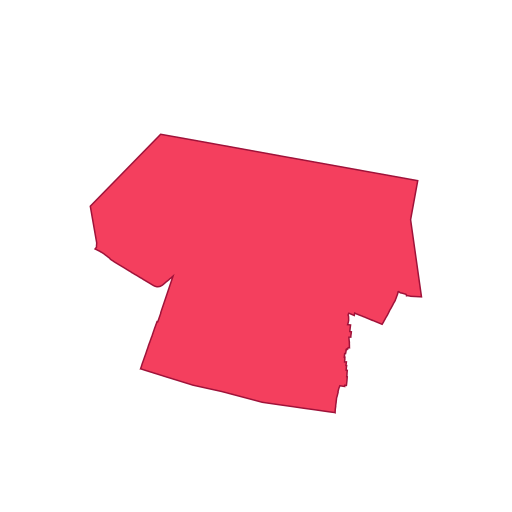 the district of Drechterland, Noord-Holland, Netherlands, rotated 219°
{"feature_id": "6326949B42613420061544", "entity_name": "Drechterland", "entity_type": "district", "adm_level": 2, "iso_a3": "NLD", "parent_name": "Netherlands", "parent_adm1": "Noord-Holland", "projection": "orthographic", "projection_center": [5.149, 52.656], "detail": "fine", "context": "isolated", "style": "filled", "palette": "rose", "viewbox_px": 512, "rotation_deg": 219, "n_neighbors": 0, "source": "geoboundaries", "source_scale": "gbopen_adm2", "svg_char_len": 5521}
<svg xmlns="http://www.w3.org/2000/svg" viewBox="0 0 512 512"><g transform="rotate(219 256 256)"><path d="M177.7,416.3L223.8,391.0L298.6,349.9L359.6,316.5L406.7,290.6L416.1,190.4L388.0,165.9L386.2,163.3L385.5,162.5L385.5,160.2L379.7,161.5L379.6,161.4L379.4,161.4L379.3,161.5L378.6,161.6L377.6,161.8L376.4,161.9L375.7,162.0L375.3,162.0L374.1,162.0L373.6,162.0L371.9,162.1L370.7,162.1L370.3,162.1L370.1,162.1L369.9,162.1L369.7,162.1L368.9,162.2L368.7,162.2L368.4,162.2L368.1,162.1L367.6,162.0L367.4,161.9L367.2,161.9L366.1,161.9L365.8,162.0L365.2,162.0L363.9,162.2L363.0,162.2L362.3,162.3L361.3,162.4L361.0,162.4L360.7,162.5L360.0,162.6L357.7,162.9L355.0,163.3L350.8,163.9L349.1,164.1L347.4,164.3L346.1,164.5L345.7,164.5L344.7,164.7L343.4,164.9L342.9,164.9L342.4,164.9L342.1,164.9L341.4,165.1L340.7,165.2L339.2,165.4L338.3,165.5L338.0,165.6L337.4,165.7L336.2,165.9L334.5,166.1L333.0,166.3L332.0,166.4L330.8,166.7L330.7,166.7L329.4,166.8L328.4,166.9L328.2,166.9L327.5,167.1L326.6,167.2L326.4,167.2L321.7,167.9L319.4,168.2L317.3,168.5L316.8,168.6L316.4,168.7L315.6,168.9L314.9,169.2L314.1,169.5L313.3,170.0L312.1,171.2L311.6,171.8L311.3,172.2L311.3,172.4L311.2,172.6L310.8,173.4L310.6,173.9L310.5,174.2L310.4,174.5L310.2,175.4L310.0,176.5L309.7,178.3L309.6,179.0L309.3,180.3L308.9,182.0L308.8,182.5L308.6,184.1L308.2,185.7L308.0,187.0L307.8,188.1L298.5,163.1L295.8,155.8L294.4,152.1L294.0,151.5L293.9,151.3L291.6,144.9L291.0,142.9L291.3,142.8L291.6,142.7L291.2,141.6L291.1,141.2L290.9,140.8L290.7,140.1L290.4,139.1L290.0,138.2L289.9,137.8L289.8,137.6L289.7,137.1L289.2,135.7L288.8,134.7L287.8,131.9L287.6,131.4L287.1,130.0L286.7,129.1L286.4,128.2L286.2,127.8L286.2,127.5L286.1,127.3L286.1,127.1L285.9,126.6L285.4,125.2L284.9,123.8L284.8,123.5L284.5,122.7L283.9,120.8L283.1,118.5L282.6,117.3L282.1,116.0L282.0,115.7L281.4,113.9L281.1,113.1L280.8,112.4L279.8,109.7L279.5,108.8L279.5,108.7L279.3,108.3L279.2,107.8L279.0,107.4L278.7,106.6L278.7,106.4L278.6,106.2L278.4,105.7L278.2,105.1L277.8,104.1L277.7,103.7L277.2,102.3L276.7,100.8L276.4,100.1L276.0,99.0L275.7,98.4L275.5,97.9L275.3,97.2L275.1,96.7L274.9,96.3L274.7,95.7L274.6,95.8L274.0,96.0L273.7,96.1L271.6,96.9L269.0,97.9L267.8,98.4L267.0,98.7L266.0,99.1L265.0,99.5L264.2,99.8L263.9,100.0L263.6,100.1L263.3,100.2L261.4,100.9L260.0,101.5L259.7,101.6L259.4,101.7L259.2,101.8L258.0,102.3L254.9,103.5L254.2,103.8L253.5,104.1L252.6,104.4L251.8,104.7L250.4,105.3L249.6,105.6L249.0,105.8L248.6,106.0L245.4,107.3L242.3,108.5L240.9,109.1L238.9,109.9L230.6,113.2L226.9,114.7L223.8,115.9L197.6,129.0L169.1,141.8L159.2,146.2L158.5,146.6L143.9,155.3L132.6,162.1L122.8,167.9L113.4,173.6L107.0,177.4L101.3,180.8L97.1,183.4L96.6,183.7L95.9,184.0L96.1,184.2L97.8,186.6L98.1,187.0L98.3,187.4L99.5,189.4L99.7,189.6L100.0,190.0L100.7,191.1L101.1,191.8L101.4,192.3L101.5,192.5L102.0,193.2L103.0,194.8L104.0,196.3L104.3,197.0L104.5,197.5L104.8,198.3L105.2,199.1L106.4,201.7L106.5,201.8L106.6,202.0L107.1,202.4L107.1,202.6L107.2,202.9L107.9,204.3L108.1,204.9L108.3,205.2L108.4,205.6L108.7,206.3L108.8,207.0L109.1,207.7L109.2,207.8L109.2,208.0L108.8,208.2L107.0,209.2L106.0,209.8L105.0,210.4L105.2,210.6L105.7,211.3L104.3,212.3L104.4,212.5L106.7,216.1L109.1,219.6L109.3,219.5L109.6,219.3L110.2,220.4L111.8,222.6L113.1,224.6L114.1,224.0L115.4,225.9L116.6,227.9L117.2,227.5L117.7,228.3L117.8,228.5L118.2,229.2L118.6,229.8L118.7,230.0L119.1,230.6L120.5,229.4L121.4,230.7L122.1,231.9L122.3,232.1L122.6,232.2L122.8,232.4L122.9,232.8L123.2,233.3L123.7,232.9L124.0,233.3L124.5,234.2L124.8,234.6L125.2,235.2L125.7,236.0L125.0,236.5L125.5,237.5L126.9,240.0L127.0,239.9L127.1,240.1L126.5,240.5L126.8,241.0L126.6,241.1L126.8,241.4L126.5,241.8L126.4,241.8L126.5,242.0L126.6,242.3L126.5,242.5L126.6,242.8L125.6,243.5L125.9,243.8L127.3,245.5L128.6,247.0L128.8,247.3L129.2,247.8L129.3,247.8L129.9,248.5L130.5,249.0L132.7,251.3L131.3,252.7L131.5,252.9L131.7,253.1L131.8,253.3L132.4,254.2L133.3,255.7L134.2,257.1L135.6,256.3L136.1,257.1L137.0,258.5L139.1,261.9L141.6,260.3L141.7,260.6L141.8,260.8L142.1,261.5L142.5,262.4L142.8,263.0L143.2,263.7L143.5,264.3L143.9,264.8L144.1,265.0L144.6,265.6L145.0,266.1L145.9,267.1L146.3,267.5L146.8,267.8L147.2,268.0L147.4,268.3L147.5,268.6L147.7,269.2L147.8,270.0L142.9,271.4L142.2,271.6L143.4,273.7L143.1,273.8L142.5,274.0L141.8,274.1L140.6,274.5L140.3,274.6L140.1,274.7L138.9,275.0L138.6,275.1L138.1,275.3L137.9,275.4L137.5,275.5L137.1,275.6L136.0,276.0L134.5,276.4L133.9,276.6L133.5,276.8L133.1,276.9L132.8,277.0L132.4,277.1L130.6,277.6L130.3,277.7L129.6,277.9L129.3,278.0L128.2,278.3L127.9,278.4L127.3,278.6L126.8,278.7L126.5,278.8L126.3,278.8L126.1,278.9L125.7,279.0L125.8,279.1L124.3,279.6L122.4,280.1L116.7,281.8L115.6,282.1L115.0,282.3L115.2,283.6L115.3,284.5L115.5,285.6L115.8,286.7L115.8,287.1L116.0,288.4L116.2,289.1L116.5,291.3L116.7,292.7L117.0,294.1L117.2,295.1L118.0,298.4L118.1,299.2L118.3,300.9L118.6,302.2L118.7,303.0L119.1,304.9L119.3,305.5L119.4,306.6L119.5,306.9L119.5,307.3L119.7,308.5L119.8,309.0L119.9,309.3L120.0,309.5L120.1,309.8L120.2,310.0L120.5,311.0L120.8,312.1L121.2,312.8L121.2,313.1L121.4,313.6L121.5,313.9L121.6,314.3L121.7,314.6L122.2,315.9L122.3,316.0L122.4,316.4L122.5,316.7L122.7,316.9L122.9,317.1L123.1,317.4L123.1,317.5L122.9,317.8L122.7,318.2L122.3,318.2L121.9,318.1L121.6,318.2L121.4,318.2L121.1,318.2L120.8,318.2L120.5,318.3L119.7,318.7L119.5,318.9L115.4,320.6L115.2,320.6L114.9,320.5L114.7,320.4L114.0,319.8L113.3,320.6L110.2,322.2L101.7,328.4L158.7,381.5L177.7,416.3Z" fill="#f43f5e" stroke="#9f1239" stroke-width="1.5"/></g></svg>